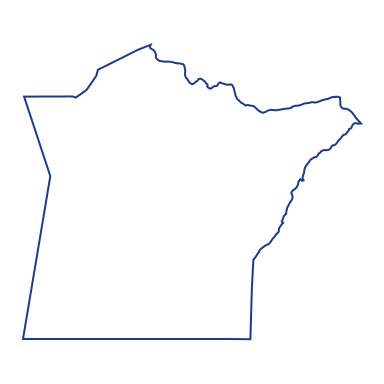 outline of Bondo, Nyanza, Kenya
{"feature_id": "3690345B84738590288078", "entity_name": "Bondo", "entity_type": "district", "adm_level": 2, "iso_a3": "KEN", "parent_name": "Kenya", "parent_adm1": "Nyanza", "projection": "orthographic", "projection_center": [34.246, -0.149], "detail": "fine", "context": "isolated", "style": "outline", "palette": "blue", "viewbox_px": 384, "rotation_deg": 0, "n_neighbors": 0, "source": "geoboundaries", "source_scale": "gbopen_adm2", "svg_char_len": 4327}
<svg xmlns="http://www.w3.org/2000/svg" viewBox="0 0 384 384"><path d="M97.9,69.8L96.3,75.8L91.6,82.7L88.6,87.0L86.5,89.9L85.8,90.4L85.3,90.8L84.6,91.3L79.8,94.8L78.7,95.5L77.9,96.0L77.1,96.6L76.3,97.2L75.6,97.6L74.4,97.1L73.4,96.6L69.2,96.4L63.2,96.5L24.1,96.6L39.0,141.8L50.3,176.2L23.0,339.0L25.3,339.0L47.7,339.0L96.5,339.0L135.9,339.0L151.4,339.0L171.3,339.0L175.6,339.0L180.8,339.0L227.3,339.0L250.4,339.2L251.9,287.3L253.4,259.6L254.0,259.0L255.1,257.7L256.3,255.9L256.8,255.1L257.5,254.0L258.0,253.3L258.6,252.5L259.7,250.4L260.3,249.6L261.6,248.3L263.5,247.0L265.2,245.7L266.1,245.1L266.7,244.8L268.2,244.3L269.4,243.4L270.6,242.0L270.9,241.5L271.4,240.7L272.4,239.2L272.9,238.5L273.5,237.7L274.6,236.8L275.2,235.6L276.2,234.2L276.7,233.8L277.5,233.1L278.7,231.7L278.8,229.5L279.3,227.8L280.0,226.7L280.8,225.8L281.8,224.1L283.2,222.9L281.8,221.7L282.1,220.9L282.7,219.3L282.9,218.6L283.2,218.0L283.7,216.5L284.1,215.8L284.7,215.1L286.1,214.1L286.2,212.3L286.7,210.1L287.2,207.8L287.5,206.9L288.4,205.7L288.8,204.9L289.1,204.1L289.8,202.8L290.1,202.2L291.4,200.7L292.2,199.2L292.5,197.7L292.6,196.8L292.4,196.1L292.0,194.4L291.3,193.2L291.7,192.0L292.9,190.3L295.2,188.9L295.7,188.2L296.9,186.9L297.7,185.2L298.0,184.4L298.3,183.4L298.3,182.0L299.0,181.0L300.2,179.2L302.2,180.8L303.6,180.3L302.6,178.2L302.6,177.4L303.0,175.7L303.7,173.8L304.0,172.9L304.1,172.2L304.4,170.0L304.7,168.6L305.3,166.9L306.2,165.6L307.1,164.2L308.1,163.0L309.1,161.9L309.9,160.6L310.7,159.6L312.4,158.5L313.3,157.9L314.9,157.2L315.6,157.0L316.2,157.0L317.4,155.9L317.9,154.9L318.8,153.5L320.4,152.5L321.4,151.0L323.5,150.3L324.2,150.1L324.9,150.0L326.5,150.2L327.2,150.2L329.4,149.5L330.7,148.1L331.1,147.5L331.3,146.9L332.3,145.5L335.0,144.9L335.7,144.2L336.8,143.0L337.5,142.0L338.6,140.4L339.7,139.5L340.7,138.4L341.8,136.8L343.5,134.8L345.6,134.4L346.7,133.0L347.3,132.0L348.6,130.6L349.1,129.1L349.7,128.9L350.4,128.7L351.4,127.8L351.6,127.0L351.9,126.3L352.8,124.6L354.5,123.4L355.1,123.1L355.8,123.1L357.3,123.5L358.5,123.7L361.0,123.5L359.8,122.1L359.2,121.5L358.8,121.1L357.8,120.0L357.1,119.2L355.7,117.7L354.9,116.1L353.6,114.6L352.2,112.7L350.6,111.2L349.6,110.5L348.4,109.6L346.8,108.9L344.7,108.7L343.6,108.6L342.3,108.2L341.2,106.9L340.4,105.3L340.3,104.2L340.3,101.9L340.3,100.8L340.1,99.9L340.0,97.5L338.3,96.9L337.3,96.7L336.3,96.8L334.9,96.9L334.3,97.0L333.6,97.0L331.8,97.3L331.2,97.4L330.6,97.7L329.3,98.4L327.3,99.0L325.5,99.3L324.4,99.7L322.6,100.1L321.4,100.5L319.9,101.1L318.2,101.8L317.5,102.1L316.5,102.3L314.7,102.6L313.5,102.2L312.8,102.2L312.1,102.3L310.4,102.4L309.7,102.7L308.9,103.0L306.8,103.2L306.0,103.2L305.2,103.3L303.3,103.9L301.8,104.6L301.2,104.8L300.4,105.0L298.3,105.7L297.3,105.7L295.6,105.7L294.9,105.9L294.0,106.2L292.4,106.7L291.2,107.8L290.2,108.1L288.2,108.5L287.1,108.6L285.7,108.7L284.3,108.8L283.5,109.0L281.5,109.4L278.7,109.9L275.9,110.3L272.9,110.0L271.2,109.8L269.4,110.2L267.8,110.6L267.0,110.9L265.7,112.0L264.9,112.1L263.3,112.6L262.6,112.8L260.4,111.7L259.6,111.3L258.7,110.7L257.1,109.2L256.4,108.6L255.6,107.8L254.1,106.5L253.4,106.0L250.4,105.6L249.4,105.5L247.8,104.9L246.1,105.4L245.5,105.6L244.1,104.5L243.6,104.1L242.9,103.6L241.7,103.0L241.1,102.7L238.9,100.4L237.2,99.1L236.6,97.7L236.3,97.2L235.5,95.3L235.3,94.5L235.2,93.8L234.7,92.1L234.3,90.2L234.1,89.5L233.7,87.9L233.3,87.2L232.9,86.6L232.4,85.1L230.8,84.4L228.6,84.7L226.3,84.7L225.6,84.4L223.6,83.7L221.8,83.3L220.1,82.3L218.7,83.3L218.2,83.8L217.7,84.7L216.9,86.0L214.9,86.2L214.3,86.1L212.4,87.3L211.8,88.0L210.1,88.7L209.5,88.2L208.2,87.6L207.6,87.1L207.2,86.6L207.6,85.3L207.5,84.6L207.2,84.0L205.9,83.3L205.6,82.6L205.2,81.9L203.9,80.8L203.2,80.2L201.9,79.3L201.3,79.0L200.5,78.7L198.9,78.9L198.3,79.6L197.0,81.1L196.3,81.5L195.6,82.0L193.8,83.5L192.2,84.2L191.3,83.8L189.7,82.8L188.4,81.0L187.1,78.8L185.9,77.5L184.9,74.6L185.2,72.0L185.2,71.1L185.2,70.2L184.7,67.6L184.1,65.4L183.4,64.4L181.0,63.7L180.0,63.5L178.8,63.4L176.4,63.2L174.0,62.6L173.1,62.3L172.1,62.1L169.8,61.7L167.5,61.6L165.8,61.7L165.0,61.7L164.2,61.6L161.7,61.2L159.4,60.9L157.6,59.6L156.2,58.2L156.0,57.3L155.9,56.6L155.9,54.8L155.8,54.0L155.5,53.3L154.8,51.8L154.2,51.0L153.5,50.2L151.7,49.0L151.0,48.6L150.4,48.2L149.9,46.6L150.7,44.8L138.1,49.7L122.0,57.8L100.9,68.3L97.9,69.8Z" fill="none" stroke="#1e3a8a" stroke-width="2"/></svg>